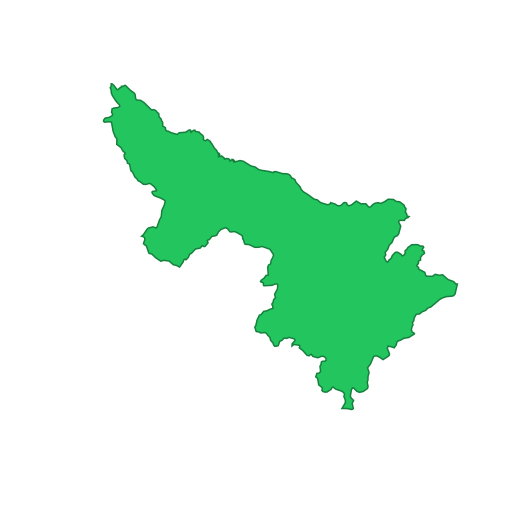 the border of Shaanxi, rotated 292°
{"feature_id": "CHN-1804", "entity_name": "Shaanxi", "entity_type": "Province", "adm_level": 1, "iso_a3": "CHN", "parent_name": "China", "parent_adm1": "", "projection": "equal_earth", "projection_center": [108.8, 35.643], "detail": "fine", "context": "isolated", "style": "filled", "palette": "green", "viewbox_px": 512, "rotation_deg": 292, "n_neighbors": 0, "source": "natural_earth", "source_scale": "10m", "svg_char_len": 6121}
<svg xmlns="http://www.w3.org/2000/svg" viewBox="0 0 512 512"><g transform="rotate(292 256 256)"><path d="M295.4,454.8L293.3,454.1L292.2,452.8L289.7,447.8L286.9,444.5L284.5,442.6L274.2,437.2L272.2,434.9L269.3,433.8L266.3,430.8L263.6,429.4L262.4,427.0L261.5,426.3L257.8,425.9L254.8,426.6L253.3,425.9L250.8,427.4L249.4,427.1L246.0,427.6L244.1,429.1L243.6,431.8L243.1,432.1L237.7,428.2L235.1,423.9L232.4,421.8L230.3,419.5L228.9,418.9L226.0,419.3L222.6,418.5L222.7,416.8L221.9,412.1L219.5,412.4L215.3,416.4L213.8,416.7L212.6,416.2L207.5,412.6L208.4,408.8L208.6,405.6L208.1,404.1L206.9,402.7L198.7,402.6L194.1,401.3L190.3,404.5L186.2,405.0L182.8,406.3L180.6,406.4L176.9,408.8L174.9,409.0L170.5,406.1L168.4,403.1L168.3,400.3L170.0,396.4L169.9,394.8L167.7,394.6L161.3,396.0L160.1,397.3L158.6,400.6L155.4,400.4L151.1,403.3L150.1,403.0L149.4,401.9L148.8,398.0L146.8,392.8L153.3,393.8L155.9,392.8L158.5,390.2L161.2,389.7L162.0,388.7L162.8,386.4L162.4,379.8L163.4,376.5L162.5,375.8L160.3,375.5L156.6,372.9L155.7,371.3L155.4,368.7L156.1,367.4L158.2,367.1L158.8,366.5L160.0,362.4L165.2,359.3L165.9,358.2L166.3,356.7L169.9,356.4L171.2,358.5L173.1,359.1L177.8,356.6L179.8,356.9L182.2,356.3L183.4,357.2L184.1,359.1L185.7,360.1L187.5,359.1L188.1,357.3L188.2,356.0L187.7,354.5L184.8,351.4L184.2,346.2L185.6,344.1L185.2,343.5L183.5,342.8L183.0,340.6L186.0,334.5L187.0,330.6L188.8,330.4L189.5,329.7L188.2,324.4L186.0,323.1L188.2,322.4L192.2,323.8L193.0,323.4L193.5,321.9L192.9,317.1L191.1,315.3L190.6,313.3L190.0,312.6L187.6,311.7L185.8,310.0L181.2,310.2L179.7,308.2L179.3,307.0L180.1,305.7L181.6,304.5L183.4,301.0L185.8,299.4L186.9,296.6L188.1,294.9L188.4,293.1L186.4,289.3L186.7,286.5L186.1,285.1L186.2,284.3L189.7,281.5L191.3,281.9L196.9,281.0L202.4,281.3L203.7,282.7L207.6,283.9L209.4,286.8L211.7,288.7L213.7,291.3L216.0,290.3L216.6,289.2L217.5,288.7L219.2,289.2L221.9,288.7L224.7,289.6L227.5,287.6L233.4,288.2L237.4,287.0L237.9,285.9L237.3,284.4L234.8,281.8L231.4,274.6L231.5,274.0L233.8,272.8L234.0,272.0L233.7,270.3L234.1,269.7L235.8,270.1L238.7,271.9L241.6,272.5L242.9,274.5L249.9,271.1L252.2,271.0L254.3,272.5L257.5,271.7L261.1,272.1L263.3,271.9L264.3,271.1L267.5,266.3L267.1,258.1L264.9,254.9L263.6,251.6L264.0,245.6L262.8,241.5L263.7,240.3L265.7,238.9L267.0,237.2L269.0,236.2L269.8,235.2L270.7,228.4L270.4,226.4L268.9,223.8L268.7,222.7L270.6,219.5L270.9,217.2L267.5,213.6L264.4,212.2L260.6,211.8L259.4,210.6L257.7,207.8L253.7,206.6L252.5,205.1L251.9,205.1L250.3,206.6L245.8,205.2L245.2,204.0L245.5,202.3L242.3,201.2L239.9,197.3L234.4,195.2L232.7,193.8L229.7,193.8L227.2,193.0L226.2,192.4L226.5,191.3L225.3,190.5L223.1,190.7L217.1,189.3L217.5,185.5L216.9,182.8L218.8,177.2L217.3,171.9L215.5,169.7L216.8,163.6L218.8,158.7L218.4,156.1L218.6,155.5L224.3,150.6L224.8,148.0L225.4,147.0L229.6,146.8L231.0,146.1L231.7,144.6L231.5,142.5L233.2,143.5L240.1,145.0L241.7,145.8L244.4,149.5L244.6,151.2L244.4,152.8L245.9,153.4L253.2,153.0L257.0,153.4L263.1,151.6L268.9,151.9L272.9,151.3L273.4,150.3L274.0,146.1L273.8,139.9L274.2,138.1L275.5,136.1L276.5,135.6L277.3,136.1L279.1,139.2L279.9,139.2L282.1,135.7L283.4,131.4L283.4,130.1L281.0,126.9L280.3,124.6L281.4,121.1L281.6,118.5L283.0,116.6L283.8,114.2L287.5,110.2L288.1,108.3L288.7,107.7L293.8,104.4L293.9,102.1L296.1,100.6L297.2,97.8L299.4,96.2L300.8,95.8L301.8,96.4L302.6,95.8L303.6,93.0L305.9,90.3L307.3,85.1L312.8,83.0L313.7,80.9L318.1,76.8L325.9,71.9L325.6,69.8L323.4,65.6L323.6,64.4L324.8,63.8L327.4,64.5L329.6,68.1L332.4,70.1L333.9,69.8L335.0,68.3L338.6,67.4L340.0,68.9L342.0,72.5L343.6,73.7L345.0,72.7L346.6,69.0L350.9,62.8L352.9,60.8L355.9,59.4L357.3,57.8L359.2,58.1L361.4,57.2L361.7,57.9L361.2,59.8L358.2,64.9L358.8,65.8L360.8,66.7L362.4,68.1L363.0,67.7L363.7,69.4L365.1,70.4L365.2,71.1L362.7,77.2L361.3,82.4L360.2,83.6L356.7,85.5L355.9,87.0L357.1,90.5L356.3,94.7L352.3,104.4L353.4,106.4L353.3,108.6L352.3,110.3L351.6,112.5L348.7,114.0L347.7,116.4L346.2,117.6L344.9,119.4L341.5,120.9L341.1,123.9L338.9,125.1L338.5,126.9L338.9,128.0L338.5,130.7L339.2,137.4L341.5,138.6L344.4,144.4L347.8,146.8L348.2,147.8L347.9,148.5L346.4,149.4L349.2,151.1L349.8,152.1L348.8,153.2L349.6,157.0L348.9,157.9L347.8,161.6L346.2,163.1L344.6,163.3L344.0,164.1L343.9,166.1L345.9,167.2L345.1,170.9L344.3,171.3L343.9,172.5L340.3,177.2L339.2,179.9L338.1,180.9L337.4,182.4L335.8,183.2L335.8,183.6L336.9,183.9L336.2,184.5L334.1,184.1L334.6,185.3L335.9,186.6L335.0,189.7L334.0,190.5L335.6,192.5L335.4,193.1L335.9,194.2L335.1,196.0L334.4,196.3L335.9,197.3L335.9,198.3L336.7,197.9L336.8,198.7L336.1,200.4L335.0,200.1L334.9,200.6L338.5,205.4L339.1,208.8L337.6,217.6L338.2,221.9L337.2,225.9L337.3,228.1L339.2,236.2L339.8,240.9L340.9,241.1L341.7,242.8L342.3,249.7L343.7,253.5L344.0,255.6L343.4,257.7L341.6,260.0L341.9,260.9L341.3,263.6L339.4,265.3L336.7,270.9L334.7,272.9L333.3,275.8L332.4,281.2L330.5,288.6L331.0,291.8L329.7,295.9L330.3,302.9L331.0,304.2L332.1,305.1L333.5,305.3L333.8,310.3L333.2,312.3L333.7,314.4L335.0,316.1L338.1,317.3L339.0,318.5L339.1,320.1L337.5,321.6L337.4,323.4L339.1,325.4L344.5,328.4L343.6,334.4L344.3,335.0L345.6,338.3L343.7,342.0L343.7,342.9L344.8,344.0L347.4,345.0L349.7,346.8L351.3,349.5L351.3,351.2L351.7,352.3L354.7,355.0L358.2,357.3L359.9,362.4L359.1,365.5L360.1,368.8L358.6,374.3L357.3,375.2L356.1,377.4L352.6,378.0L351.8,379.6L349.6,381.2L349.9,383.1L348.7,382.6L346.7,380.5L344.6,380.3L342.9,375.9L341.8,375.3L340.6,375.9L337.9,379.0L330.0,380.0L328.0,379.5L325.2,377.1L319.4,377.0L316.1,375.5L311.4,375.6L307.8,374.4L305.6,375.9L302.8,375.4L300.2,378.3L299.6,379.4L299.8,380.4L302.1,380.8L304.4,382.2L307.5,382.2L311.4,383.7L312.4,385.2L312.5,386.3L312.0,389.6L310.9,391.6L312.6,393.1L314.7,393.3L315.9,392.5L317.1,392.4L318.6,393.3L320.8,393.7L324.8,396.2L326.7,400.5L327.1,401.9L326.8,405.1L327.7,406.9L327.0,408.2L324.0,407.7L323.5,408.3L323.5,409.8L321.6,411.2L319.2,409.8L316.4,409.0L313.9,410.1L312.1,408.6L309.8,409.4L307.8,408.6L306.9,409.1L306.2,411.1L304.8,411.6L304.1,418.6L301.7,420.5L301.2,421.7L303.2,427.1L306.2,429.1L306.8,433.2L308.5,436.0L306.1,442.9L306.3,448.8L304.9,451.9L305.5,453.2L295.4,454.8Z" fill="#22c55e" stroke="#15803d" stroke-width="1.5"/></g></svg>